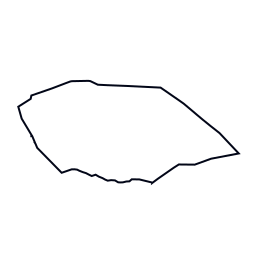 outline of San Francisco Jaltepetongo, Oaxaca, Mexico, rotated 256°
{"feature_id": "50627088B40383448618383", "entity_name": "San Francisco Jaltepetongo", "entity_type": "district", "adm_level": 2, "iso_a3": "MEX", "parent_name": "Mexico", "parent_adm1": "Oaxaca", "projection": "mercator", "projection_center": [-97.278, 17.342], "detail": "fine", "context": "isolated", "style": "outline", "palette": "ink", "viewbox_px": 256, "rotation_deg": 256, "n_neighbors": 0, "source": "geoboundaries", "source_scale": "gbopen_adm2", "svg_char_len": 860}
<svg xmlns="http://www.w3.org/2000/svg" viewBox="0 0 256 256"><g transform="rotate(256 128 128)"><path d="M175.2,26.7L162.8,27.1L144.8,32.6L143.6,32.3L143.6,32.5L143.6,33.0L143.3,33.1L136.8,34.1L136.7,33.9L135.2,34.4L130.7,35.1L100.6,52.8L101.5,63.3L100.9,66.0L99.9,68.6L98.4,70.3L96.1,73.5L94.4,76.3L92.1,78.9L90.2,81.2L90.5,85.3L87.9,87.9L85.5,91.2L83.5,93.3L81.8,95.6L81.5,99.0L80.3,102.7L77.7,105.3L77.0,107.5L76.5,109.9L76.5,113.4L75.9,116.5L77.3,119.2L75.4,126.5L69.1,138.5L68.9,138.4L71.6,144.9L78.4,162.8L80.3,168.5L76.3,183.9L78.1,201.2L76.5,229.3L100.9,215.6L110.2,208.4L117.5,202.9L123.8,198.3L131.6,192.7L138.2,187.9L142.6,184.1L159.3,169.4L168.8,138.0L174.7,117.8L177.3,109.2L182.6,102.8L183.2,101.3L183.9,98.5L187.0,84.9L187.1,83.3L186.6,78.8L184.8,63.8L182.9,42.1L179.8,40.6L175.2,26.7Z" fill="none" stroke="#020617" stroke-width="2"/></g></svg>